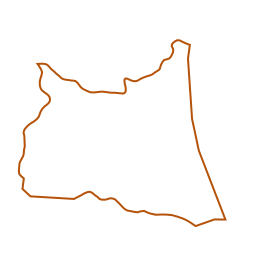 the district of San Jose, Choluteca, Honduras, rotated 275°
{"feature_id": "27666195B7253406385718", "entity_name": "San Jose", "entity_type": "district", "adm_level": 2, "iso_a3": "HND", "parent_name": "Honduras", "parent_adm1": "Choluteca", "projection": "equal_earth", "projection_center": [-87.408, 13.714], "detail": "fine", "context": "isolated", "style": "outline", "palette": "amber", "viewbox_px": 256, "rotation_deg": 275, "n_neighbors": 0, "source": "geoboundaries", "source_scale": "gbopen_adm2", "svg_char_len": 2432}
<svg xmlns="http://www.w3.org/2000/svg" viewBox="0 0 256 256"><g transform="rotate(275 128 128)"><path d="M216.2,182.4L216.7,180.4L217.3,178.5L217.9,176.7L218.5,175.0L219.8,172.0L219.7,169.3L218.2,167.0L216.4,165.2L215.1,164.5L213.2,164.5L211.7,165.4L210.6,166.0L209.4,166.3L207.4,166.2L205.1,165.5L202.5,164.3L201.0,163.2L200.0,161.4L199.5,159.5L198.6,157.8L196.5,156.5L194.2,155.5L191.9,154.9L189.6,154.5L188.5,153.7L187.2,152.0L185.6,149.8L184.7,148.9L183.2,147.0L182.2,145.1L181.4,142.8L180.2,140.2L179.1,138.1L177.7,135.7L176.6,134.3L175.9,133.2L175.3,131.6L175.2,129.4L175.6,127.2L176.4,124.9L177.1,122.9L177.1,121.3L176.2,120.4L175.1,120.3L173.5,120.6L171.7,120.9L170.0,121.6L168.0,122.2L166.2,122.4L164.4,122.5L163.4,122.1L162.6,121.4L162.0,120.6L161.9,118.7L161.9,115.3L162.0,111.8L161.7,109.1L161.7,106.5L161.9,103.1L162.0,100.1L162.0,99.7L161.7,97.1L160.8,93.0L160.4,90.3L160.3,87.8L160.9,85.3L161.9,82.5L162.9,79.9L164.5,77.4L166.5,75.7L168.5,73.9L170.2,71.5L170.4,69.3L170.4,66.9L170.6,64.5L170.7,61.5L171.0,59.5L171.6,57.8L172.6,56.4L173.7,55.1L174.1,54.6L175.0,53.1L176.2,51.4L177.8,49.5L179.2,47.5L179.9,46.5L180.9,45.4L182.5,43.8L183.7,42.3L184.4,40.6L184.6,38.9L184.6,37.5L184.4,35.6L184.2,33.7L183.9,32.3L182.9,33.3L181.8,34.1L180.3,35.2L178.8,36.3L177.1,37.1L175.5,37.6L173.8,37.3L171.5,36.9L168.8,36.3L166.1,36.1L163.2,36.4L161.1,37.0L160.7,37.2L159.0,38.1L157.5,39.7L156.1,41.9L154.2,45.1L152.4,46.9L150.0,47.8L147.8,47.7L146.0,46.8L144.0,45.0L142.0,42.8L140.4,41.6L139.5,40.9L136.6,39.5L133.8,38.8L131.2,38.0L129.6,36.9L128.1,35.6L126.1,33.4L123.9,30.4L121.8,28.2L119.7,26.5L117.6,25.1L115.6,24.5L113.9,24.4L111.9,25.2L110.4,25.5L100.4,26.8L97.2,26.3L93.5,26.4L91.0,26.0L88.3,24.9L85.7,23.7L83.8,23.1L83.2,23.0L79.6,23.0L75.8,23.0L72.9,23.6L71.1,25.3L68.6,28.6L58.1,28.2L51.4,36.8L52.4,72.6L52.6,80.3L56.9,87.2L59.1,90.2L60.8,93.7L61.1,95.7L60.7,97.0L60.2,98.1L59.0,99.8L57.9,101.4L56.9,103.3L54.9,105.8L54.3,108.0L54.6,111.2L55.0,113.0L55.8,114.7L56.5,116.8L56.4,119.2L55.7,121.4L54.1,123.3L52.8,125.0L51.1,126.9L49.4,128.8L49.1,129.1L47.2,131.5L45.8,134.2L45.4,137.8L45.0,141.8L44.9,144.2L44.8,144.7L46.0,147.5L46.8,151.4L46.1,153.0L45.6,154.6L44.8,157.3L44.0,163.1L44.8,169.5L45.1,174.5L45.0,179.8L43.9,185.4L42.5,190.8L41.4,193.9L39.8,197.4L36.2,203.9L44.4,222.0L45.3,233.0L111.7,200.5L128.8,195.3L140.4,191.7L142.8,191.0L202.4,181.7L216.2,182.4Z" fill="none" stroke="#b45309" stroke-width="2"/></g></svg>